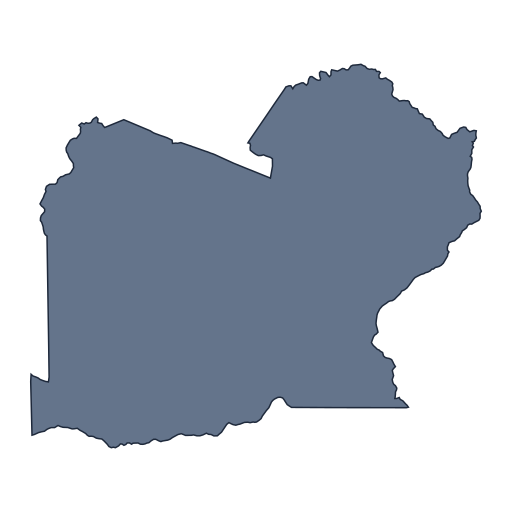 the district of Pedra Preta, Mato Grosso, Brazil
{"feature_id": "56859067B80080271615532", "entity_name": "Pedra Preta", "entity_type": "district", "adm_level": 2, "iso_a3": "BRA", "parent_name": "Brazil", "parent_adm1": "Mato Grosso", "projection": "albers", "projection_center": [-54.182, -16.79], "detail": "fine", "context": "isolated", "style": "filled", "palette": "slate", "viewbox_px": 512, "rotation_deg": 0, "n_neighbors": 0, "source": "geoboundaries", "source_scale": "gbopen_adm2", "svg_char_len": 5935}
<svg xmlns="http://www.w3.org/2000/svg" viewBox="0 0 512 512"><path d="M459.6,236.6L460.2,234.9L461.7,232.5L462.3,230.9L464.4,229.5L466.6,227.7L467.7,225.2L469.7,224.0L471.8,224.1L474.0,222.7L476.4,221.5L478.8,220.3L480.0,218.3L480.1,216.1L480.0,213.4L481.3,211.2L480.2,208.6L480.1,206.2L478.8,204.3L477.4,201.9L475.8,200.2L474.4,198.0L472.7,195.6L470.8,194.3L469.6,191.9L469.7,190.1L469.0,188.4L468.1,185.7L467.8,183.2L467.7,180.7L467.9,178.2L467.5,175.8L467.5,173.9L468.1,172.0L469.1,170.5L470.2,169.0L470.9,167.4L471.2,165.1L471.5,161.8L472.0,159.3L471.7,157.4L470.2,156.3L471.8,153.4L471.8,149.7L473.5,147.0L472.4,145.6L473.3,143.2L472.2,141.9L474.4,141.3L475.2,139.6L476.4,138.0L475.8,135.3L475.9,132.9L476.3,130.8L473.9,130.4L469.8,131.8L467.0,129.6L465.8,127.4L463.7,127.0L460.0,128.3L457.1,132.3L453.9,133.4L451.6,134.4L450.6,136.4L449.8,138.0L448.1,138.4L445.1,136.8L443.1,135.3L442.1,133.4L440.4,131.5L437.9,130.3L436.0,128.7L435.0,126.3L433.3,125.0L432.8,122.3L431.2,120.6L429.8,118.9L426.5,118.5L424.3,117.2L422.3,114.1L419.4,113.6L418.2,111.0L417.3,108.8L415.7,108.6L413.8,107.8L412.2,107.4L409.7,103.5L409.2,101.7L407.8,100.7L406.1,100.8L404.2,100.5L402.5,100.6L399.3,101.1L397.7,99.5L396.3,98.4L393.8,97.3L392.5,96.0L391.7,94.1L393.0,89.7L392.8,87.5L392.3,85.6L392.8,83.8L391.8,82.0L389.3,80.3L387.4,79.3L385.8,77.9L382.2,78.9L380.4,78.7L379.1,77.8L378.9,74.9L380.3,72.6L379.0,71.4L376.5,71.4L375.4,69.4L373.6,69.5L371.7,69.0L369.3,69.3L367.1,68.5L365.0,66.2L363.4,65.7L361.0,64.3L357.9,64.8L352.8,65.2L350.8,66.2L349.8,67.8L348.2,69.8L346.1,69.9L344.2,68.7L342.4,68.5L339.9,70.0L337.5,71.1L331.7,69.8L331.0,71.7L331.0,74.9L329.4,76.7L328.2,75.4L326.0,72.5L320.8,71.3L319.5,72.8L319.6,75.3L320.0,76.9L320.6,78.5L320.1,80.1L318.2,80.3L316.2,79.5L312.0,76.6L310.2,76.7L308.7,79.2L307.9,83.4L306.4,85.2L303.3,82.8L301.6,82.9L298.3,84.2L295.7,85.1L294.1,86.6L292.8,88.8L290.9,85.8L289.0,85.8L285.9,86.9L284.3,89.5L274.5,103.7L267.4,114.2L249.0,141.1L247.9,142.9L249.9,143.3L250.5,145.3L250.1,147.6L250.3,150.2L252.4,151.9L254.5,153.5L256.1,154.5L258.3,155.6L261.1,155.5L263.5,154.8L266.1,156.0L268.6,156.8L270.5,157.4L272.4,158.8L272.5,166.2L270.4,178.1L250.9,170.2L248.3,169.2L233.8,163.3L218.0,156.1L215.0,154.7L212.8,153.8L210.8,153.2L208.9,152.4L207.3,151.8L204.8,151.0L203.2,150.4L201.4,149.8L199.8,149.2L196.1,147.9L194.5,147.3L192.8,146.8L190.9,146.0L188.9,145.4L187.2,144.8L185.2,144.1L180.8,142.6L177.6,143.3L175.9,143.1L172.5,143.4L172.1,140.2L167.2,137.8L163.9,136.6L160.0,135.3L157.6,134.4L155.6,133.7L153.4,132.8L150.2,130.8L123.8,119.7L104.7,127.5L103.0,125.6L101.7,123.5L99.8,123.2L97.6,122.5L97.8,120.8L98.0,118.9L96.3,117.1L93.9,118.6L92.6,119.8L91.3,122.3L89.8,123.1L88.0,123.3L86.0,122.7L84.2,124.0L81.7,123.0L78.9,125.3L80.8,127.3L80.4,129.5L80.6,131.4L80.3,133.3L78.1,136.2L76.5,138.4L74.1,138.3L72.5,138.9L70.3,140.3L69.2,142.1L67.4,145.1L66.1,147.9L66.2,150.3L66.7,152.2L67.7,153.5L68.7,156.5L69.8,158.7L71.8,161.2L73.4,163.6L73.4,165.6L73.7,167.7L72.1,170.3L70.9,172.4L69.3,173.9L65.5,174.8L63.1,176.3L60.6,176.9L59.0,178.4L57.8,179.7L57.1,182.6L55.4,184.2L53.0,184.2L49.6,184.3L46.5,186.3L45.4,189.4L46.0,191.5L44.5,194.3L43.3,197.7L41.7,200.6L40.0,203.9L41.6,206.1L43.2,207.3L44.7,209.1L44.6,211.7L41.3,215.5L40.5,217.9L40.4,220.6L41.6,222.1L42.5,224.7L43.2,226.9L43.4,229.1L43.8,231.0L44.4,233.3L45.5,234.9L47.0,236.0L48.7,346.8L49.1,377.0L48.4,381.9L45.4,381.4L42.2,380.3L40.0,379.4L38.2,378.0L35.9,377.0L33.0,376.0L31.1,374.3L30.7,381.5L32.0,435.2L34.3,434.5L35.9,433.8L38.5,432.6L41.5,431.8L44.5,431.2L47.2,429.2L49.4,428.2L51.2,427.6L54.6,427.6L58.0,425.5L60.6,426.6L63.1,427.3L67.8,427.5L72.1,428.9L74.0,428.8L77.3,428.3L80.2,430.4L82.2,431.4L85.7,433.5L87.4,435.3L89.1,436.3L91.3,436.2L93.4,436.5L96.2,438.1L98.5,438.6L101.8,439.0L103.7,440.6L105.2,442.1L107.4,444.4L108.9,446.5L111.3,447.7L113.3,447.2L115.4,447.7L118.6,445.9L120.4,443.9L122.2,444.1L123.9,445.3L125.8,444.5L127.1,443.0L129.4,442.9L131.6,444.2L133.0,443.2L134.8,443.1L138.1,443.0L140.4,444.2L142.9,444.3L145.0,443.9L146.8,443.1L148.9,442.7L151.0,440.9L153.6,439.3L155.8,439.3L158.7,440.8L160.9,441.6L162.5,441.0L167.8,440.1L170.1,439.2L172.5,437.5L178.0,434.5L181.3,433.7L183.4,434.5L185.5,435.4L191.4,435.3L193.5,434.9L196.9,435.8L199.9,435.8L202.9,434.9L206.4,433.2L208.6,434.3L211.1,434.5L213.9,435.9L217.4,435.8L219.1,434.2L221.5,432.2L226.7,424.4L228.9,422.6L230.6,423.5L233.0,424.6L235.8,425.2L238.0,424.5L240.0,424.1L244.4,422.4L247.8,422.2L250.1,422.7L253.1,422.0L254.8,422.3L256.6,422.0L259.1,420.3L261.1,418.6L262.3,416.1L263.7,414.2L266.4,410.5L268.8,407.8L270.4,404.4L271.4,402.1L272.7,400.5L274.4,399.1L277.8,397.4L280.2,397.2L282.6,397.9L284.1,399.7L285.0,401.2L287.2,404.6L289.3,406.0L291.5,407.4L335.7,407.6L406.4,407.7L408.4,407.2L407.0,405.2L405.5,403.8L404.1,402.2L402.8,400.8L400.2,399.4L399.2,397.5L396.7,398.5L394.8,398.5L395.2,396.7L395.4,394.5L395.5,391.9L396.5,389.9L396.8,388.1L395.4,385.6L393.8,384.4L392.8,382.4L392.2,379.5L393.6,375.7L392.7,372.3L392.3,370.3L393.5,368.6L395.4,366.6L393.9,364.2L392.8,361.8L391.6,359.6L389.4,358.5L386.8,358.0L385.1,357.4L383.5,355.9L382.6,352.5L380.3,351.2L379.1,350.0L377.3,349.3L375.3,347.3L373.3,345.5L371.4,342.7L372.2,340.3L373.4,337.0L374.6,335.1L376.1,334.2L378.0,332.2L377.1,328.3L376.4,325.9L376.0,323.6L376.2,321.3L376.4,319.6L376.7,317.6L377.0,315.1L377.7,312.9L378.9,310.7L379.7,309.0L382.3,306.0L384.3,304.6L386.4,303.2L388.6,301.5L390.3,300.9L392.4,300.6L394.6,299.2L396.7,297.0L400.2,293.6L401.6,291.1L404.4,289.9L407.0,287.9L409.7,284.4L413.4,279.3L415.1,277.5L419.5,275.2L421.2,274.4L423.8,273.7L425.5,272.7L427.8,272.1L430.2,270.9L431.8,269.2L433.5,269.0L435.4,267.4L437.3,267.0L439.1,266.4L441.2,265.2L443.3,263.2L444.8,260.7L445.9,258.8L447.5,256.1L447.9,253.7L449.0,252.0L447.4,250.2L447.4,246.8L448.3,244.8L449.0,242.7L452.1,241.4L454.6,240.8L456.7,238.9L458.1,237.8L459.6,236.6Z" fill="#64748b" stroke="#1e293b" stroke-width="1.5"/></svg>